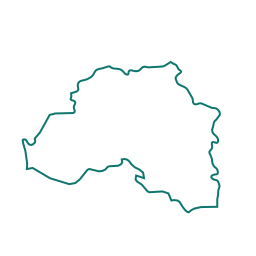 outline of Eure, rotated 190°
{"feature_id": "FRA-5290", "entity_name": "Eure", "entity_type": "Metropolitan department", "adm_level": 1, "iso_a3": "FRA", "parent_name": "France", "parent_adm1": "", "projection": "equal_earth", "projection_center": [0.916, 49.079], "detail": "fine", "context": "isolated", "style": "outline", "palette": "teal", "viewbox_px": 256, "rotation_deg": 190, "n_neighbors": 0, "source": "natural_earth", "source_scale": "10m", "svg_char_len": 2888}
<svg xmlns="http://www.w3.org/2000/svg" viewBox="0 0 256 256"><g transform="rotate(190 128 128)"><path d="M26.4,65.9L42.4,62.8L48.6,60.2L51.3,58.2L53.5,55.6L54.7,55.6L55.6,55.9L57.2,56.9L59.9,59.2L64.4,64.2L67.0,65.2L70.2,65.0L72.7,64.1L76.8,70.6L83.0,71.5L96.0,68.4L97.9,69.1L104.5,74.6L109.9,76.9L111.6,78.6L111.7,82.6L103.5,81.4L105.4,86.7L109.5,89.0L114.3,90.4L118.3,92.8L120.7,95.2L123.1,96.6L125.7,96.9L128.7,96.0L127.7,93.1L128.9,90.8L131.2,89.1L140.0,87.0L141.3,86.1L143.2,83.1L146.0,81.2L149.1,80.3L159.0,80.9L160.7,79.7L166.7,68.8L170.4,64.6L176.1,62.5L196.1,65.0L215.0,72.1L220.5,70.0L221.0,75.0L225.0,87.4L228.7,95.0L229.6,97.8L229.5,98.1L229.2,98.3L228.5,98.7L227.5,98.8L226.5,98.5L226.0,98.2L225.8,97.9L224.2,96.0L223.0,95.0L221.7,94.5L220.2,94.6L218.9,95.3L217.1,97.6L217.0,98.1L217.2,99.2L218.0,101.4L213.9,108.4L207.4,127.3L202.1,129.7L184.7,133.2L183.5,134.2L183.3,135.4L184.6,137.9L185.0,139.1L185.0,140.1L184.9,140.7L184.5,142.1L184.3,143.0L184.4,144.1L185.1,145.0L186.2,145.4L187.5,145.5L188.7,145.8L189.5,146.4L189.4,147.7L189.3,149.0L189.5,150.1L190.1,152.3L184.6,155.2L184.0,156.2L183.6,157.5L184.9,161.2L184.9,162.6L184.5,164.3L183.5,165.5L182.3,166.4L179.1,167.7L176.8,168.9L173.7,171.3L172.3,173.0L171.4,174.7L170.9,176.5L169.8,178.9L168.5,180.2L167.0,181.0L163.8,182.3L158.1,185.2L157.4,185.4L156.8,185.5L156.6,185.5L155.3,184.7L154.1,184.3L152.7,184.1L147.9,184.5L146.4,184.4L145.0,184.2L143.8,183.6L140.0,180.8L138.3,180.4L137.6,180.5L137.1,181.2L137.1,183.5L136.8,184.4L136.0,185.1L135.1,185.3L134.7,185.4L134.4,185.4L131.6,185.2L129.9,185.3L128.0,185.9L126.8,186.8L125.9,188.0L125.2,189.2L124.0,190.6L122.6,191.2L121.1,191.4L119.7,191.2L118.3,191.3L105.2,194.4L103.4,195.2L101.9,196.3L97.5,200.4L93.9,199.0L92.5,198.7L91.0,198.0L89.1,195.4L88.1,194.4L86.6,193.8L85.6,193.1L85.6,191.9L86.5,190.8L87.6,189.8L88.6,188.6L89.2,187.6L89.6,186.6L89.8,185.5L89.8,185.4L89.7,185.2L89.2,184.0L88.0,182.0L87.3,181.0L86.3,180.2L84.8,179.4L79.7,178.2L77.8,177.4L76.1,176.1L69.8,168.6L69.2,167.3L68.8,166.0L68.6,164.9L67.8,163.8L66.8,163.0L64.7,163.2L62.3,164.5L61.1,164.9L59.7,164.9L49.2,162.4L46.0,162.6L44.6,162.5L43.4,162.1L41.4,160.5L40.7,159.7L40.1,158.2L39.9,156.9L42.3,151.9L42.9,151.1L43.8,149.9L44.2,148.8L44.4,147.7L44.4,145.2L44.6,142.9L44.8,141.5L44.9,141.1L44.7,140.1L44.2,138.9L43.0,137.3L39.3,134.9L38.3,133.9L37.6,132.8L37.1,131.5L37.0,130.2L37.6,129.0L38.6,128.7L41.0,129.0L42.0,128.9L42.6,128.4L42.8,127.6L42.6,126.4L42.0,124.7L41.7,123.1L42.3,121.4L43.1,120.1L43.7,118.9L43.5,117.7L41.3,114.4L40.0,112.0L38.6,107.6L36.8,105.4L35.3,104.3L33.9,103.6L33.0,102.6L32.3,101.4L31.8,100.2L31.9,98.7L32.1,98.2L32.5,97.9L34.4,97.3L35.7,96.7L36.9,95.9L37.5,94.8L37.3,93.7L36.0,92.6L34.6,92.2L31.8,92.0L30.5,91.4L29.6,90.3L27.8,87.0L27.8,85.3L28.2,82.5L28.1,80.8L27.7,78.2L27.7,73.2L26.5,66.4L26.4,65.9Z" fill="none" stroke="#0f766e" stroke-width="2"/></g></svg>